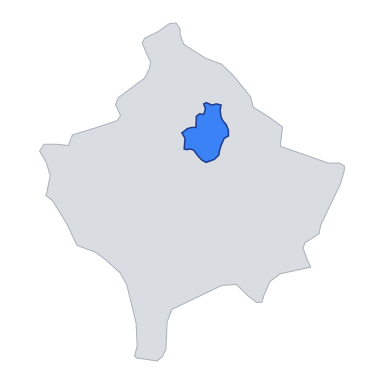 Kosovo, with Vučitrn highlighted
{"feature_id": "KOS-5895", "entity_name": "Vučitrn", "entity_type": "District", "adm_level": 1, "iso_a3": "XKX", "parent_name": "Kosovo", "parent_adm1": "", "projection": "mercator", "projection_center": [20.969, 42.808], "detail": "fine", "context": "in_parent", "style": "filled", "palette": "blue", "viewbox_px": 384, "rotation_deg": 0, "n_neighbors": 0, "source": "natural_earth", "source_scale": "10m", "svg_char_len": 1445}
<svg xmlns="http://www.w3.org/2000/svg" viewBox="0 0 384 384"><path d="M95.3,127.9L117.3,120.6L120.5,115.5L115.5,104.5L118.4,97.7L144.7,78.0L149.1,69.1L150.7,62.1L147.1,54.8L142.2,43.1L144.6,38.2L158.3,31.5L169.4,23.6L176.0,23.0L180.1,28.7L180.1,34.5L183.7,44.3L191.9,49.6L205.5,58.2L221.3,64.1L233.7,75.9L250.6,96.9L253.2,107.3L268.4,116.6L282.5,127.0L280.3,146.3L328.4,163.1L339.3,163.0L344.4,165.9L344.3,170.3L340.5,183.8L320.7,225.1L319.1,233.7L305.0,242.7L303.0,247.8L307.0,259.2L310.7,267.2L310.4,267.2L280.1,273.8L269.9,281.6L263.9,295.2L261.9,302.3L256.6,302.5L247.7,295.5L236.4,284.5L221.8,285.4L172.0,309.3L167.1,321.8L166.0,349.0L162.6,356.3L157.3,361.0L136.7,358.0L134.5,356.2L137.2,345.8L136.1,323.1L126.9,285.3L120.2,272.9L106.6,260.6L96.0,252.5L76.9,245.3L67.2,224.5L52.7,200.8L45.7,195.4L46.8,193.0L50.2,175.2L46.0,162.1L39.6,151.0L44.0,144.2L57.4,144.3L68.4,145.5L72.4,134.9L95.3,127.9Z" fill="#d9dde1" stroke="#a8b0b8" stroke-width="1"/><path d="M206.4,102.6L211.8,105.1L216.4,103.9L221.1,105.0L220.1,110.3L221.0,116.7L222.5,120.3L226.2,124.7L228.3,129.9L228.5,135.9L224.2,138.3L221.2,145.1L219.3,151.4L218.9,154.9L214.3,159.4L206.1,162.4L202.0,160.2L198.1,156.1L193.7,150.2L190.5,149.0L186.4,149.6L184.2,149.0L184.6,143.4L185.1,138.5L181.9,132.9L187.4,128.6L191.9,127.4L196.0,127.4L196.0,123.7L196.4,116.2L199.6,113.8L203.7,114.4L205.5,108.8L203.7,103.9L206.4,102.6Z" fill="#3b82f6" stroke="#1e3a8a" stroke-width="1.5"/></svg>